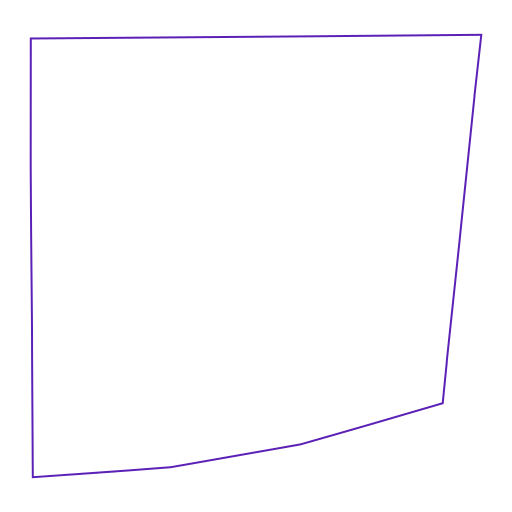 the district of Clarke, Mississippi, United States of America
{"feature_id": "52423323B26987461690173", "entity_name": "Clarke", "entity_type": "district", "adm_level": 2, "iso_a3": "USA", "parent_name": "United States of America", "parent_adm1": "Mississippi", "projection": "orthographic", "projection_center": [-88.63, 32.027], "detail": "fine", "context": "isolated", "style": "outline", "palette": "violet", "viewbox_px": 512, "rotation_deg": 0, "n_neighbors": 0, "source": "geoboundaries", "source_scale": "gbopen_adm2", "svg_char_len": 380}
<svg xmlns="http://www.w3.org/2000/svg" viewBox="0 0 512 512"><path d="M442.7,403.2L446.7,363.1L446.9,359.9L459.4,242.3L459.5,241.3L460.9,227.5L470.5,134.9L474.5,96.2L474.5,95.4L481.3,34.8L302.0,36.4L30.8,38.5L30.7,166.2L31.1,231.4L32.0,327.0L32.1,358.3L32.8,477.2L127.8,470.5L170.7,467.2L300.4,444.4L359.8,427.4L442.7,403.2Z" fill="none" stroke="#5b21b6" stroke-width="2"/></svg>